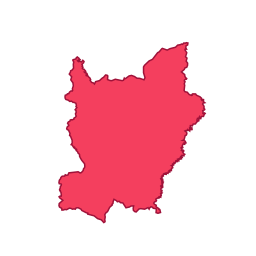 Ango, Orientale, Democratic Republic of the Congo (orthographic projection), rotated 105°
{"feature_id": "63176286B24678106401017", "entity_name": "Ango", "entity_type": "district", "adm_level": 2, "iso_a3": "COD", "parent_name": "Democratic Republic of the Congo", "parent_adm1": "Orientale", "projection": "orthographic", "projection_center": [26.048, 4.445], "detail": "fine", "context": "isolated", "style": "filled", "palette": "rose", "viewbox_px": 256, "rotation_deg": 105, "n_neighbors": 0, "source": "geoboundaries", "source_scale": "gbopen_adm2", "svg_char_len": 5750}
<svg xmlns="http://www.w3.org/2000/svg" viewBox="0 0 256 256"><g transform="rotate(105 128 128)"><path d="M201.2,74.7L198.6,76.1L198.3,76.6L198.6,77.1L197.8,77.6L196.9,80.2L196.3,80.7L195.3,80.7L194.8,82.8L193.9,83.7L192.7,83.3L192.1,82.8L191.9,82.1L190.8,81.7L190.0,82.6L189.1,82.5L188.7,81.8L188.0,81.5L187.9,80.7L187.2,80.5L187.6,80.1L187.4,79.7L186.3,79.8L186.4,78.5L185.0,78.9L184.7,78.4L183.4,79.1L182.8,78.7L182.6,79.3L181.8,78.5L181.6,79.2L180.7,79.6L180.2,79.6L180.1,78.9L179.5,79.0L179.5,79.9L178.7,80.4L177.6,80.5L177.2,79.8L176.5,79.5L176.3,80.1L175.5,80.2L175.9,81.0L175.6,81.4L175.0,81.1L175.0,80.3L174.5,80.2L174.9,79.6L173.6,80.1L173.2,80.7L172.7,80.0L172.2,80.4L171.6,80.1L171.5,81.4L170.8,81.4L170.2,80.5L169.7,81.4L170.0,81.8L169.0,82.7L169.1,81.1L168.5,81.2L167.9,82.9L167.1,82.4L166.6,82.9L165.9,82.0L165.0,82.7L164.7,82.3L164.8,81.6L164.3,81.8L163.7,81.5L163.2,81.8L162.6,81.3L162.4,80.7L163.1,80.4L162.9,79.1L161.5,79.4L161.5,77.6L160.2,77.7L160.1,77.0L159.3,76.9L159.5,76.2L158.8,76.2L158.4,77.1L157.7,76.3L157.8,75.1L155.9,75.5L154.8,74.5L154.1,75.2L153.1,75.1L153.0,76.0L152.1,74.7L151.7,75.5L151.2,75.6L150.6,74.1L149.7,74.5L149.8,73.5L147.5,73.3L148.0,72.2L147.5,71.3L146.9,71.5L146.7,72.4L145.8,71.3L146.2,70.5L145.2,70.7L145.0,71.6L144.2,70.5L144.8,70.1L144.0,68.4L143.4,68.6L142.7,69.8L142.3,69.7L142.8,69.1L142.4,68.0L141.1,69.0L140.4,68.8L140.5,66.8L139.4,66.8L138.7,66.4L138.5,67.4L137.2,68.9L136.2,68.2L135.4,68.3L135.2,68.7L136.0,69.3L135.9,70.6L134.2,70.2L133.5,71.6L132.5,71.0L132.4,70.2L131.3,71.0L129.2,70.6L129.1,69.0L128.5,68.9L127.9,69.7L127.3,68.2L125.9,69.4L125.5,70.9L125.7,71.8L124.7,70.8L120.5,70.8L119.7,69.8L118.1,69.7L117.0,70.3L116.1,72.2L115.3,71.2L115.0,69.9L114.1,70.0L114.9,67.7L112.7,68.3L113.5,67.2L112.9,65.7L111.2,66.4L112.3,66.7L112.2,67.3L111.2,68.0L109.6,68.4L108.9,66.3L107.4,66.1L106.6,63.9L104.4,63.2L104.0,62.7L103.0,63.2L103.1,62.0L102.8,61.5L101.8,61.6L101.2,62.4L101.4,63.4L100.7,63.4L100.2,62.0L98.6,61.9L99.4,61.1L100.3,60.8L100.1,60.1L98.2,60.2L97.5,59.5L97.5,58.4L97.0,58.0L95.1,57.9L94.0,57.2L93.6,57.9L94.7,59.2L94.5,59.5L93.0,59.6L91.8,60.3L90.7,58.8L90.0,58.7L89.2,60.0L88.0,59.9L86.9,60.6L85.6,62.1L84.6,62.0L83.7,60.4L83.1,61.9L81.0,62.4L81.1,63.2L82.0,63.0L82.3,63.6L81.5,64.6L80.2,64.7L79.2,66.6L78.6,70.4L77.6,71.5L78.3,74.4L79.0,74.9L79.9,74.6L80.1,75.0L79.8,77.6L78.1,80.0L78.2,82.3L77.3,83.5L72.0,84.3L70.8,85.1L68.5,84.9L68.0,85.8L67.2,85.9L65.9,85.0L65.7,84.2L65.0,84.1L64.5,85.3L63.4,86.4L61.7,87.1L60.0,90.9L56.9,88.8L55.1,88.5L54.2,87.0L52.1,86.7L49.9,87.2L48.4,89.1L45.2,89.1L44.3,90.9L40.1,90.7L37.8,93.2L36.9,93.1L36.7,91.9L35.4,93.0L33.5,93.2L32.4,91.9L30.4,92.1L30.5,93.8L31.3,94.6L31.4,96.0L33.1,97.0L33.0,97.9L34.0,99.1L35.1,101.5L37.7,103.0L40.5,108.0L42.6,110.3L42.2,115.4L42.8,115.9L46.4,117.6L47.6,118.9L55.3,122.1L57.8,125.0L63.2,128.3L65.0,128.8L70.6,127.3L75.0,124.6L77.3,125.0L77.0,129.5L77.6,132.3L76.6,135.0L76.3,138.2L77.4,140.4L80.8,143.1L81.3,143.8L80.8,144.5L83.0,144.7L83.8,145.9L84.2,152.9L86.5,155.9L86.8,157.6L86.5,160.3L82.9,161.0L82.4,161.9L82.6,163.4L85.5,164.8L86.3,165.7L89.6,167.8L91.6,171.3L94.2,171.8L93.4,173.2L93.4,175.0L91.7,177.0L91.0,176.6L89.6,177.7L88.7,179.5L87.7,180.6L88.2,181.1L88.2,181.9L87.7,182.2L87.1,181.3L86.6,181.2L85.8,182.1L85.8,183.5L85.3,184.5L84.8,183.3L84.1,183.6L82.6,185.7L82.8,186.4L82.2,187.5L80.9,187.2L80.5,188.2L79.2,188.2L78.4,189.0L76.5,187.8L75.1,187.7L74.3,189.2L76.2,190.0L76.1,191.7L76.7,193.0L76.1,194.2L75.2,193.4L74.7,192.1L74.3,192.0L74.3,192.7L73.4,193.3L72.5,195.4L73.7,196.2L74.7,196.1L76.3,198.8L76.9,198.8L78.3,197.5L80.7,197.3L84.3,196.1L86.5,197.0L87.6,198.2L89.1,198.1L91.1,198.7L93.1,195.7L96.3,195.7L98.6,192.9L101.5,191.7L104.4,191.9L106.1,191.2L106.8,191.5L106.9,192.6L108.5,193.8L110.1,194.1L110.7,195.4L111.7,195.7L112.6,197.1L114.3,196.9L115.8,196.2L116.5,195.4L116.6,193.0L117.4,191.1L116.7,189.5L117.5,187.7L117.2,186.9L117.6,184.7L119.8,183.6L120.8,183.8L121.5,182.7L124.1,183.8L124.5,182.8L126.7,182.0L127.4,182.5L128.8,182.0L129.9,181.1L131.1,181.5L132.6,182.8L133.4,182.5L134.7,184.2L134.6,184.9L135.2,185.8L136.4,185.9L137.6,187.2L139.1,187.6L140.6,185.9L141.2,185.9L142.4,186.9L144.3,187.1L145.2,186.5L145.5,184.9L148.3,182.6L150.3,182.5L150.8,181.4L154.3,178.8L156.9,178.0L158.8,178.6L158.9,177.5L160.9,175.4L160.3,174.7L160.5,174.4L160.9,174.3L160.8,174.8L161.2,174.7L162.4,172.5L162.0,172.3L161.5,173.0L161.9,172.1L163.2,172.2L163.8,170.7L165.3,169.6L165.7,168.5L166.6,167.7L167.6,167.6L169.0,166.5L171.1,164.4L173.8,160.7L176.2,159.8L177.4,159.7L179.0,160.4L180.7,160.3L183.1,161.5L183.8,162.6L183.2,164.8L186.6,173.5L189.0,173.9L189.6,175.2L189.4,176.5L190.8,176.7L191.6,179.1L193.1,180.0L194.7,180.1L196.2,180.8L198.5,180.6L199.6,180.0L199.4,178.1L199.9,177.7L201.0,177.7L201.9,178.2L203.8,177.9L205.0,178.2L205.8,177.9L205.9,177.2L206.9,177.0L207.4,176.1L210.4,174.9L211.1,174.9L211.3,175.9L212.2,176.8L213.1,176.0L214.7,172.2L218.7,174.9L220.8,174.6L222.1,173.7L222.8,171.3L224.4,170.6L223.9,169.1L223.0,167.9L222.8,166.2L220.6,163.9L220.4,162.4L220.8,160.7L220.1,159.2L220.1,157.9L218.6,157.4L217.9,155.5L218.6,152.3L219.6,151.3L220.7,146.2L220.6,144.8L221.6,144.6L221.6,138.0L223.4,133.9L223.6,130.0L225.6,126.9L224.6,126.0L224.0,126.0L222.7,126.7L219.8,127.0L217.7,128.0L215.2,127.2L214.4,126.3L213.5,126.0L209.4,125.2L206.5,123.3L205.8,123.7L204.8,123.0L202.7,123.3L200.5,123.1L201.2,120.3L202.0,119.2L201.1,117.5L202.1,116.0L201.7,113.6L205.6,109.3L203.9,106.1L202.6,104.9L201.8,102.4L204.3,102.2L206.1,101.5L207.0,99.9L207.0,98.4L203.4,96.4L202.6,94.9L202.1,90.9L199.7,88.0L200.9,86.6L199.5,86.4L198.1,85.4L198.3,83.6L199.0,82.9L198.7,80.1L199.3,79.6L202.5,79.0L202.6,77.0L201.2,74.7Z" fill="#f43f5e" stroke="#9f1239" stroke-width="1.5"/></g></svg>